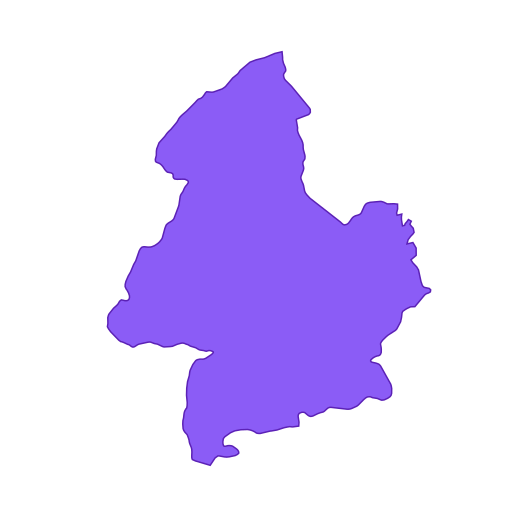 the Province of Kalasin, rotated 256°
{"feature_id": "THA-439", "entity_name": "Kalasin", "entity_type": "Province", "adm_level": 1, "iso_a3": "THA", "parent_name": "Thailand", "parent_adm1": "", "projection": "albers", "projection_center": [103.592, 16.645], "detail": "fine", "context": "isolated", "style": "filled", "palette": "violet", "viewbox_px": 512, "rotation_deg": 256, "n_neighbors": 0, "source": "natural_earth", "source_scale": "10m", "svg_char_len": 5637}
<svg xmlns="http://www.w3.org/2000/svg" viewBox="0 0 512 512"><g transform="rotate(256 256 256)"><path d="M70.1,191.8L68.9,191.6L68.0,190.1L67.4,187.6L67.6,181.7L68.0,178.9L68.7,176.8L70.7,172.4L71.1,171.4L71.2,170.6L70.0,167.5L64.0,160.9L71.7,147.8L73.9,145.0L74.7,144.9L75.8,144.9L77.6,145.3L81.3,146.4L84.1,146.9L85.9,146.9L90.1,146.3L91.8,146.3L93.5,146.5L95.8,146.4L99.3,146.0L102.2,144.4L104.2,143.7L106.1,143.5L110.7,144.3L114.0,145.3L116.3,146.5L120.3,148.0L121.8,148.7L123.0,149.5L124.6,151.0L125.3,152.0L127.3,152.9L130.4,153.8L137.7,154.9L144.5,156.8L150.7,159.2L156.0,162.3L159.4,163.6L161.1,164.5L166.0,168.5L168.9,172.0L169.4,173.0L169.6,174.3L169.5,176.7L168.7,179.7L168.7,181.1L168.9,182.5L171.0,188.5L171.6,189.8L172.6,191.2L173.3,191.3L173.9,190.8L175.1,189.1L175.5,188.1L175.7,187.1L175.6,184.9L176.0,183.9L176.9,182.4L178.3,179.0L178.8,178.2L179.4,177.5L181.5,175.4L182.6,173.6L184.2,170.9L184.8,170.1L186.3,168.7L187.5,166.7L188.4,165.6L189.0,164.5L189.4,163.3L189.5,162.1L189.4,158.1L188.6,153.1L188.9,150.7L190.0,144.8L190.5,143.8L191.1,143.0L194.3,139.1L195.7,136.1L197.4,133.7L198.0,132.8L198.3,131.8L198.5,130.4L198.8,121.0L198.6,119.8L197.5,116.6L197.3,115.6L197.4,114.5L198.0,113.6L198.7,112.9L199.5,112.3L200.3,111.7L200.9,110.9L201.4,110.0L204.0,106.8L205.2,105.1L205.6,104.1L207.5,102.5L217.7,96.6L221.0,95.3L223.3,94.7L226.4,96.0L232.1,97.3L233.9,98.3L234.8,98.9L235.5,99.6L239.8,105.2L241.8,109.0L242.9,110.6L245.1,112.7L246.0,114.7L245.0,116.8L244.4,117.9L244.0,119.2L243.9,120.5L244.3,121.6L245.0,122.5L246.3,123.2L248.0,123.6L250.9,123.4L254.1,122.6L255.2,122.1L257.9,121.6L260.1,122.2L262.8,123.6L267.5,127.2L270.4,130.0L270.6,130.2L270.8,130.4L277.4,135.3L280.3,138.1L289.2,143.9L291.1,145.7L292.1,147.3L292.2,148.6L292.0,149.9L290.7,153.5L290.2,156.0L290.2,157.4L290.6,160.1L291.0,161.3L291.9,163.7L293.0,165.8L295.1,168.5L296.1,169.4L304.9,174.3L306.8,175.6L308.1,176.7L309.2,178.9L310.3,182.5L310.9,183.7L311.4,184.6L312.2,185.5L322.8,192.8L324.2,193.6L332.0,196.8L333.0,197.4L333.9,198.1L336.2,200.7L339.0,202.8L340.6,204.4L341.9,206.3L343.5,208.0L344.6,208.3L345.8,207.9L347.6,205.7L348.2,203.8L349.5,198.0L350.4,195.7L351.4,195.0L352.6,194.7L354.6,195.2L356.0,195.0L357.1,193.9L358.8,190.3L360.0,189.4L361.8,188.5L365.2,187.3L367.0,186.4L368.3,185.5L369.2,184.7L371.2,181.9L372.3,181.4L374.2,181.7L377.7,183.6L381.8,184.7L384.0,185.6L389.3,189.3L394.1,196.4L396.4,199.1L397.9,201.3L399.4,204.0L404.9,211.5L406.5,213.1L407.3,213.8L408.1,214.5L409.4,216.2L410.8,218.6L413.4,223.8L419.6,234.0L421.1,236.2L422.1,238.0L422.3,240.5L423.1,242.5L425.3,245.2L426.6,246.5L427.3,247.9L425.6,252.8L425.4,254.2L426.3,263.5L426.9,265.3L427.8,267.4L434.4,276.5L436.9,281.9L437.5,282.9L439.8,285.5L445.5,297.0L446.3,303.5L446.3,312.2L448.0,323.3L447.9,330.7L442.5,329.9L439.9,329.3L436.2,329.3L432.2,330.0L430.0,330.0L428.4,329.6L426.7,327.7L426.0,327.0L425.0,326.5L423.6,326.3L422.2,326.3L420.8,326.5L419.2,327.2L412.1,331.5L386.5,343.7L385.1,344.1L382.3,343.5L381.2,342.4L380.5,341.2L379.0,328.8L378.8,328.3L378.3,328.0L370.4,327.4L367.9,326.6L365.8,326.6L362.9,327.0L357.3,328.4L354.6,328.7L352.5,328.6L349.9,328.0L347.7,327.7L342.3,327.8L340.9,327.7L339.6,327.3L338.4,326.9L337.6,326.1L336.9,325.3L336.1,324.5L335.0,324.0L333.6,323.7L330.8,323.7L329.4,323.5L328.3,323.0L327.3,322.4L322.5,319.0L321.4,318.5L320.0,318.3L317.2,318.6L314.6,319.1L313.1,319.2L307.3,318.9L305.3,319.2L302.9,320.2L298.9,322.4L268.6,346.1L266.7,347.3L265.6,348.1L264.8,349.2L264.7,351.3L265.0,352.6L265.6,353.8L267.8,356.5L268.5,357.2L269.9,359.0L270.4,360.1L270.8,361.4L271.0,362.8L271.0,364.1L271.1,365.4L271.3,366.7L271.8,367.8L272.5,368.7L278.0,373.0L279.3,374.4L279.7,374.9L280.1,375.8L280.4,376.9L280.5,379.6L278.9,389.8L278.5,391.0L277.9,392.0L277.3,393.0L275.1,395.6L274.9,395.8L274.5,397.1L273.4,402.3L272.1,405.9L267.4,404.8L263.7,402.8L261.4,402.8L261.4,407.6L258.6,406.5L255.9,405.9L249.8,405.4L249.8,407.6L251.3,408.6L252.9,410.9L254.5,412.7L252.2,415.1L249.6,413.0L247.5,413.9L244.9,415.3L240.7,415.1L239.4,413.6L237.6,410.7L235.1,407.6L231.2,405.4L231.1,411.5L225.0,413.3L217.9,411.6L214.8,405.4L211.5,406.5L206.5,409.3L203.7,410.1L203.2,410.3L191.3,409.9L186.9,410.3L184.9,411.6L182.6,416.3L180.9,417.3L179.0,416.5L178.4,414.5L178.2,412.2L177.4,410.2L168.4,397.9L169.3,393.7L168.5,389.7L167.9,387.8L166.8,385.0L165.4,383.9L161.1,382.3L157.2,380.4L151.1,374.9L150.1,373.3L147.4,365.3L146.3,363.0L143.8,358.7L142.4,356.9L141.2,355.8L140.3,355.5L137.2,355.3L135.2,355.0L132.2,354.2L130.7,353.2L129.8,352.0L129.6,350.7L129.7,349.3L129.5,347.4L129.0,345.4L127.6,342.5L126.5,341.8L125.5,342.1L124.8,343.0L123.1,346.4L121.9,348.3L121.1,349.2L120.1,349.8L119.1,350.3L99.1,355.7L97.1,355.8L94.6,355.6L90.0,354.4L88.2,353.4L87.1,352.1L86.1,349.4L85.4,345.8L85.5,344.4L85.7,343.1L86.3,342.1L88.4,339.3L90.4,334.7L91.8,332.8L92.1,331.5L92.3,330.0L91.8,328.1L90.6,325.7L86.7,319.3L85.9,317.5L84.9,312.0L84.8,310.5L84.9,309.1L85.3,307.4L91.0,292.2L91.3,290.9L91.2,289.4L90.4,287.6L88.8,284.7L88.4,283.4L88.4,280.5L88.1,277.8L87.0,272.6L87.0,271.2L87.2,270.0L87.8,269.0L88.5,268.2L89.4,267.5L92.3,265.4L92.9,264.2L93.3,262.6L92.9,259.9L91.8,258.7L90.4,258.1L84.3,257.5L80.6,256.3L81.3,250.3L81.7,249.0L82.3,247.4L82.5,245.0L82.6,241.6L82.1,234.3L82.5,228.7L82.7,227.3L82.8,217.0L83.4,215.0L84.1,213.6L85.8,212.1L87.3,210.3L88.6,208.3L89.7,205.9L91.1,199.2L91.5,193.1L90.7,188.5L88.2,182.1L86.8,180.2L83.8,178.9L81.7,178.5L80.1,178.6L79.1,179.1L78.8,180.3L78.8,183.0L78.5,184.3L78.1,185.5L77.6,186.6L76.9,187.5L75.2,189.0L73.4,190.5L72.5,191.1L71.3,191.6L70.1,191.8Z" fill="#8b5cf6" stroke="#5b21b6" stroke-width="1.5"/></g></svg>